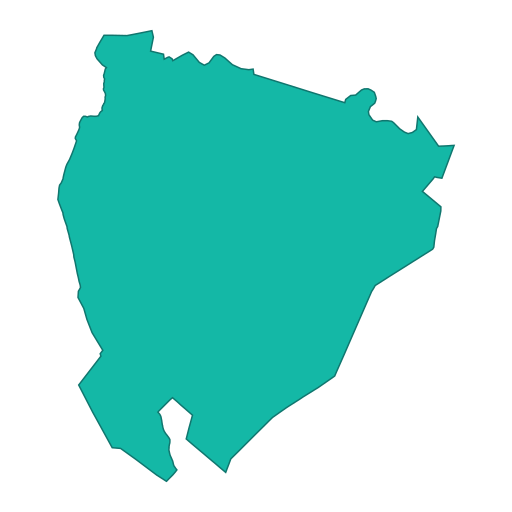 the district of Frumuseni, Arad, Romania
{"feature_id": "2599482B78271003832809", "entity_name": "Frumuseni", "entity_type": "district", "adm_level": 2, "iso_a3": "ROU", "parent_name": "Romania", "parent_adm1": "Arad", "projection": "mercator", "projection_center": [21.441, 46.085], "detail": "fine", "context": "isolated", "style": "filled", "palette": "teal", "viewbox_px": 512, "rotation_deg": 0, "n_neighbors": 0, "source": "geoboundaries", "source_scale": "gbopen_adm2", "svg_char_len": 3557}
<svg xmlns="http://www.w3.org/2000/svg" viewBox="0 0 512 512"><path d="M333.9,376.6L334.7,376.0L336.8,371.1L344.5,353.7L350.8,339.2L371.6,291.5L373.5,288.5L375.2,285.5L389.1,276.6L432.6,249.2L433.8,247.2L434.5,240.7L435.7,233.7L436.5,228.5L437.7,226.5L440.8,211.0L440.9,206.8L422.4,191.4L433.1,178.9L434.6,176.8L436.8,177.4L441.9,178.2L454.1,145.4L451.8,145.5L448.0,145.8L444.0,146.0L438.6,146.2L430.2,134.4L417.8,117.0L416.4,129.6L414.3,131.1L412.3,132.5L408.1,133.6L404.4,132.1L399.8,128.9L393.6,122.7L391.7,121.3L387.5,120.7L382.4,120.7L376.3,121.8L372.6,120.1L368.9,114.7L368.4,111.5L370.4,106.6L372.5,105.0L374.7,103.2L375.5,101.2L376.2,98.6L375.7,96.3L374.3,92.3L371.0,90.1L368.1,88.8L364.2,88.9L361.5,90.0L355.6,95.1L350.7,95.5L345.7,99.4L344.8,102.7L312.8,92.8L279.6,82.4L253.9,74.4L253.1,69.1L248.8,69.7L241.1,68.7L232.4,64.7L229.1,61.8L224.9,58.0L220.0,55.0L216.5,54.6L213.8,56.4L209.0,62.9L204.3,65.2L199.3,62.4L193.0,54.8L188.6,52.1L182.2,55.3L172.8,60.7L172.1,58.8L169.1,56.9L167.6,57.4L164.2,59.2L163.5,54.2L150.6,51.1L153.4,37.2L151.9,30.7L137.9,33.5L127.0,35.6L112.8,35.3L104.0,35.3L99.9,42.2L96.8,47.7L96.5,48.9L95.5,51.3L94.9,52.8L95.4,55.7L97.1,58.9L102.4,64.9L106.4,67.6L105.3,69.0L104.2,73.7L103.6,75.3L103.8,77.3L104.6,78.9L104.3,80.3L104.3,82.1L103.8,83.2L103.8,85.0L104.0,87.4L103.4,88.9L103.6,90.1L104.7,92.0L105.4,93.6L105.6,95.6L105.1,97.1L105.2,98.9L104.8,101.3L104.5,102.8L103.8,103.6L103.5,104.5L102.7,105.7L102.0,107.9L102.1,109.5L102.3,110.5L100.6,111.8L99.6,113.2L99.0,114.7L98.2,115.8L96.3,116.3L94.3,116.3L90.7,116.0L88.6,116.4L87.5,117.0L85.4,116.3L83.6,116.3L82.2,117.6L81.3,119.2L79.6,122.5L79.3,124.2L79.3,125.4L79.6,127.1L79.4,128.3L78.9,129.7L77.6,132.6L76.4,135.1L75.4,137.0L75.3,138.6L76.4,140.3L76.4,141.4L74.0,148.4L72.2,153.2L69.6,159.4L66.9,164.3L65.8,167.1L63.8,174.7L63.2,177.4L63.1,178.6L61.3,182.8L59.6,185.1L59.0,188.1L58.6,193.2L57.9,199.5L59.4,203.8L61.8,210.1L62.9,212.7L63.1,214.6L64.2,218.7L65.6,222.7L67.0,226.6L67.2,228.5L69.1,235.2L69.4,237.1L71.8,246.3L73.7,254.6L73.9,257.1L75.1,261.9L77.3,273.4L78.3,277.5L79.1,281.4L80.2,285.1L80.5,287.5L79.6,289.2L78.4,291.2L78.0,297.5L83.8,308.4L86.9,319.3L92.1,332.7L102.8,350.3L100.2,353.7L100.9,356.2L78.7,385.0L92.7,412.2L95.8,417.8L102.5,430.0L112.2,447.7L120.5,448.4L121.0,448.7L135.9,459.4L156.9,475.2L163.2,479.2L166.1,481.1L166.5,481.3L168.9,478.8L172.9,474.8L175.2,472.1L176.9,469.9L176.3,469.1L175.9,468.7L175.4,468.0L174.9,467.1L174.3,466.5L173.9,465.6L173.6,464.9L173.2,463.3L173.0,462.3L172.8,461.6L172.6,460.8L172.1,459.8L171.5,458.3L170.8,456.8L170.1,455.2L169.7,453.7L169.2,451.4L168.9,450.1L168.9,449.1L169.1,447.7L168.9,447.4L169.0,446.9L169.1,446.3L169.2,445.7L169.3,445.0L169.4,444.5L169.6,443.7L169.8,443.0L169.9,441.7L169.9,440.8L169.9,439.7L169.6,439.0L169.2,438.4L169.0,437.9L168.1,436.7L166.7,434.8L165.7,433.6L165.3,433.0L164.7,432.0L164.3,431.4L163.8,430.3L163.3,429.0L162.8,427.2L162.6,425.7L162.3,424.7L161.9,422.1L161.7,420.5L161.4,419.1L161.2,418.0L160.8,416.3L160.4,415.5L160.0,414.7L159.7,414.2L157.9,412.1L159.2,410.6L170.0,399.8L172.5,397.7L177.1,401.6L181.0,405.2L184.5,408.2L192.5,415.2L188.9,428.4L186.3,438.7L186.2,438.9L191.5,443.5L200.4,451.0L203.5,453.6L212.1,460.9L214.3,462.7L220.7,468.2L225.7,472.4L226.2,471.1L226.9,469.2L229.0,463.7L230.8,458.9L239.5,450.3L242.4,447.4L251.1,438.7L254.7,435.1L265.3,424.6L268.8,421.1L272.6,417.4L277.7,413.8L279.1,412.8L286.1,407.9L287.9,406.7L299.7,399.2L303.4,396.7L305.2,395.6L313.7,390.3L318.1,387.6L333.9,376.6Z" fill="#14b8a6" stroke="#0f766e" stroke-width="1.5"/></svg>